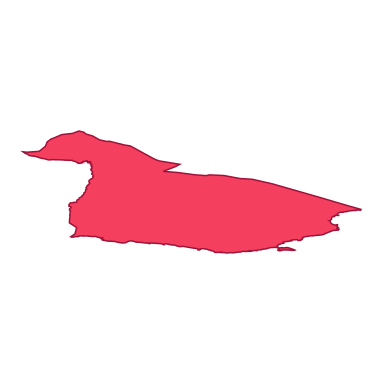 outline of Vadsø nor, Finnmark, Norway
{"feature_id": "86288312B60394141718177", "entity_name": "Vadsø nor", "entity_type": "district", "adm_level": 2, "iso_a3": "NOR", "parent_name": "Norway", "parent_adm1": "Finnmark", "projection": "robinson", "projection_center": [29.594, 70.269], "detail": "fine", "context": "isolated", "style": "filled", "palette": "rose", "viewbox_px": 384, "rotation_deg": 0, "n_neighbors": 0, "source": "geoboundaries", "source_scale": "gbopen_adm2", "svg_char_len": 5831}
<svg xmlns="http://www.w3.org/2000/svg" viewBox="0 0 384 384"><path d="M272.6,183.9L252.5,179.3L239.9,178.5L223.8,175.5L209.5,174.9L206.0,175.6L195.0,174.8L176.9,172.4L163.2,171.4L175.5,166.6L179.8,164.3L159.1,160.9L154.6,159.2L130.2,145.9L124.4,145.0L109.2,141.2L106.8,141.5L99.4,139.8L92.7,136.0L85.7,133.9L84.0,132.3L79.0,131.0L72.5,133.4L63.4,134.4L61.5,134.7L53.4,138.2L51.3,138.9L47.2,141.9L45.4,146.3L39.2,151.3L27.0,152.2L23.0,151.8L23.7,152.3L25.0,153.2L25.8,153.6L27.4,154.1L28.9,155.3L30.0,155.7L35.4,156.4L37.8,157.1L40.4,158.0L42.4,158.5L44.4,158.7L45.8,159.1L47.3,159.6L48.6,159.9L54.0,159.6L55.3,159.8L59.5,159.8L61.0,159.9L63.2,159.9L64.4,160.2L65.4,160.1L67.9,160.3L70.1,160.3L71.3,160.4L72.1,160.3L73.0,161.0L74.9,161.4L77.6,162.6L78.0,162.8L77.9,163.1L78.7,163.2L79.0,163.4L80.1,163.3L81.1,163.1L81.2,162.8L82.7,162.7L82.4,162.1L83.3,161.7L83.2,161.4L83.4,161.3L84.7,161.7L85.2,161.2L86.2,161.2L86.4,160.8L86.7,160.6L86.9,160.6L87.3,160.8L87.4,161.2L87.4,162.3L87.9,162.8L88.6,162.8L88.7,162.6L88.5,162.1L89.1,161.7L90.1,161.6L90.5,161.8L90.5,162.0L89.6,162.7L90.7,163.0L90.7,163.5L90.3,163.9L90.4,164.1L91.5,164.4L91.1,164.7L91.3,165.5L91.0,165.8L91.0,166.0L92.1,166.5L91.9,167.4L91.5,168.0L91.9,168.6L90.9,169.2L91.4,169.7L91.1,170.1L91.1,170.3L92.7,172.0L92.3,172.6L92.0,173.3L91.7,173.6L91.8,174.1L93.0,175.1L93.2,175.4L93.2,176.2L92.7,176.8L92.9,177.4L92.9,177.8L91.8,178.7L90.9,179.0L89.2,180.3L89.2,180.7L88.9,181.1L88.9,181.3L89.0,181.7L89.1,182.3L89.3,182.8L89.8,183.1L89.8,183.4L88.7,184.4L88.5,184.8L87.4,185.3L87.1,185.6L87.1,186.0L86.6,187.0L86.1,187.5L86.0,187.9L86.6,188.5L86.7,188.8L85.6,189.8L85.7,190.8L85.3,191.4L85.3,192.1L85.1,192.4L84.3,192.6L83.9,192.9L83.7,194.5L83.4,194.8L82.4,195.2L82.1,195.5L82.3,196.1L82.1,196.5L80.0,197.5L79.2,198.0L78.9,199.0L78.6,199.4L77.5,199.8L77.1,200.0L76.6,201.4L76.7,202.0L75.9,202.4L73.8,202.3L72.3,202.8L70.7,202.9L70.1,203.1L69.7,203.8L69.1,204.4L69.0,204.7L69.3,205.3L68.9,205.9L68.9,206.2L70.7,206.7L70.9,206.9L71.0,207.6L70.9,207.9L69.8,208.7L69.5,209.2L69.5,210.1L70.5,210.8L70.0,211.8L70.2,212.8L69.7,215.2L70.1,215.8L69.6,218.8L69.4,222.9L76.6,227.5L75.0,233.8L70.7,236.8L71.4,237.1L73.4,237.1L75.1,236.7L77.8,236.6L79.7,236.0L80.8,235.8L83.8,236.1L86.1,235.9L92.9,236.6L95.1,236.4L100.3,237.9L101.1,238.5L101.4,239.0L101.5,239.0L101.4,238.7L101.9,237.9L102.1,237.7L102.5,237.7L102.4,238.0L102.1,238.1L102.0,238.6L101.8,239.2L102.1,239.3L101.9,239.2L102.0,239.0L102.2,238.9L103.4,239.4L103.5,239.5L103.4,239.6L103.7,239.9L103.2,240.2L106.0,240.7L106.7,241.0L113.6,241.4L116.3,241.8L117.8,242.3L122.5,243.0L125.8,242.7L126.7,242.1L129.1,241.1L131.0,240.9L134.0,241.4L136.0,242.1L137.7,242.3L138.5,242.2L140.6,242.5L141.6,242.4L142.3,242.5L142.7,242.8L143.2,242.7L144.9,243.0L145.8,242.9L146.6,243.2L147.9,243.0L148.9,243.3L149.1,243.4L148.9,243.5L149.0,243.6L149.2,243.4L149.6,243.4L149.6,243.5L149.8,243.6L150.0,243.5L149.6,243.2L150.6,243.0L161.0,243.7L162.0,243.9L162.2,244.1L163.3,244.4L163.3,244.5L163.9,244.8L164.1,244.8L164.1,244.6L163.6,244.4L164.1,244.1L165.9,243.8L171.4,244.9L174.7,245.1L177.6,246.2L180.2,246.7L182.3,246.4L183.3,246.4L190.8,247.7L190.7,248.1L190.9,247.7L195.6,248.5L196.5,248.5L197.8,248.8L198.1,249.4L197.8,249.3L197.8,249.5L197.2,249.5L197.8,249.6L197.8,249.8L198.5,250.0L198.9,250.0L199.5,250.0L200.3,249.5L200.1,248.9L200.8,248.7L203.5,248.7L205.7,249.0L205.8,249.1L206.8,249.1L208.8,250.0L210.6,250.3L210.8,250.6L213.0,251.1L214.3,251.7L214.8,252.4L216.4,252.4L217.0,252.6L217.8,252.3L220.6,252.3L221.5,252.1L222.8,252.5L222.6,252.6L225.1,252.7L225.3,252.8L227.5,253.0L229.2,252.7L234.1,252.8L237.2,252.2L240.6,252.0L242.8,251.3L244.9,251.5L246.9,251.3L247.7,251.5L248.6,251.3L249.6,251.3L249.3,251.1L250.1,251.0L249.9,250.7L252.2,250.9L255.0,250.5L257.0,250.7L257.4,250.4L257.5,250.2L258.1,249.9L261.2,249.8L262.1,249.3L266.4,248.8L269.5,247.8L271.0,247.6L274.0,247.5L274.4,247.3L275.9,247.4L277.2,247.7L279.2,248.5L279.2,249.3L278.7,249.8L278.1,249.8L278.3,249.9L278.1,249.9L278.3,249.9L278.2,250.1L277.1,249.7L278.0,250.1L278.2,250.5L279.4,250.8L280.7,250.7L280.4,250.4L280.8,250.2L283.9,250.0L287.4,250.0L293.1,250.4L294.5,250.3L294.9,250.1L292.7,249.2L290.5,248.5L289.9,248.2L288.1,247.7L286.8,247.5L283.6,247.9L281.7,247.6L279.8,248.0L279.0,247.9L278.2,247.4L277.7,246.8L277.3,246.0L277.5,245.9L277.4,245.9L277.4,245.5L278.4,245.0L278.8,244.5L279.2,244.4L280.6,244.0L281.1,243.7L282.1,243.4L283.0,243.4L283.5,243.2L282.8,242.9L283.4,242.1L284.0,241.8L285.8,241.7L290.5,241.0L290.3,240.9L291.2,240.7L290.9,240.5L292.1,239.9L297.2,239.7L298.0,240.2L298.0,240.4L299.5,240.6L300.9,240.1L300.8,239.9L301.1,239.7L301.7,239.7L302.2,239.4L302.3,238.9L302.1,238.2L302.6,237.8L303.1,237.8L303.1,237.5L303.4,237.2L304.0,237.1L304.3,236.9L305.7,236.7L306.7,236.4L308.0,236.4L308.8,236.1L311.3,235.8L312.5,235.9L316.7,235.3L317.2,235.4L322.2,234.8L324.7,234.0L325.6,233.3L327.0,233.0L327.9,232.4L331.3,231.3L332.7,230.5L338.4,230.1L338.9,229.6L338.8,229.3L338.9,229.0L337.6,228.9L337.2,228.6L337.5,228.5L337.2,227.9L338.1,227.5L337.6,227.1L337.2,226.7L337.4,226.0L336.5,225.8L336.4,225.3L336.7,225.1L337.5,224.8L337.5,224.7L336.9,224.7L335.1,225.1L332.6,224.3L331.5,223.6L331.0,223.1L330.3,222.0L330.1,221.0L329.6,220.8L330.2,220.7L330.6,219.9L331.5,219.5L331.4,218.6L331.6,218.0L332.4,216.8L333.5,216.4L333.9,216.7L334.5,216.6L334.8,216.3L334.9,215.9L334.7,215.7L334.8,215.6L336.1,215.1L336.7,215.2L336.8,215.2L336.6,215.3L336.9,215.3L337.1,215.5L337.3,215.4L337.5,215.3L338.4,215.5L338.6,215.3L337.9,215.2L337.5,214.9L337.4,214.0L338.5,212.9L340.0,212.3L340.4,212.4L342.0,212.2L343.1,212.3L343.8,211.9L345.1,211.7L346.0,211.8L348.8,211.0L353.4,210.5L355.7,210.5L356.4,210.2L358.8,210.0L359.3,210.1L360.6,210.2L361.0,209.4L347.8,205.7L319.7,197.4L272.6,183.9Z" fill="#f43f5e" stroke="#9f1239" stroke-width="1.5"/></svg>